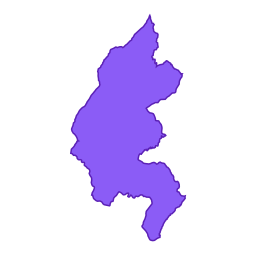 outline of Santa María, Boyacá, Colombia
{"feature_id": "7082276B96191946256227", "entity_name": "Santa María", "entity_type": "district", "adm_level": 2, "iso_a3": "COL", "parent_name": "Colombia", "parent_adm1": "Boyacá", "projection": "robinson", "projection_center": [-73.238, 4.825], "detail": "fine", "context": "isolated", "style": "filled", "palette": "violet", "viewbox_px": 256, "rotation_deg": 0, "n_neighbors": 0, "source": "geoboundaries", "source_scale": "gbopen_adm2", "svg_char_len": 5845}
<svg xmlns="http://www.w3.org/2000/svg" viewBox="0 0 256 256"><path d="M70.8,153.3L71.9,153.6L72.4,153.9L73.5,155.3L75.1,155.3L75.6,155.5L77.0,156.9L77.1,158.1L77.5,158.8L78.3,159.6L79.1,159.8L80.5,159.7L81.3,160.0L81.6,160.3L81.5,161.8L81.9,162.2L82.3,162.4L83.7,162.3L84.3,162.5L84.5,163.4L84.3,165.0L84.4,165.4L86.4,166.9L87.2,168.0L89.0,169.1L89.5,169.8L89.8,170.9L89.8,171.7L89.2,173.4L89.8,175.0L91.5,177.7L91.6,178.3L91.7,180.1L91.3,182.6L91.8,184.4L92.2,185.3L92.7,186.0L94.0,186.6L94.4,187.3L94.2,188.8L93.3,191.0L92.3,192.6L91.7,195.1L92.6,195.3L93.5,198.2L94.0,198.9L96.2,200.7L97.5,201.2L99.7,201.0L100.6,201.3L101.4,201.7L102.1,202.3L103.0,203.8L104.2,204.7L109.5,205.8L109.9,205.5L110.2,203.7L110.8,202.2L111.6,201.5L112.8,201.4L113.1,201.1L113.7,198.1L115.1,196.5L116.4,195.5L118.1,192.8L119.0,191.8L119.3,191.8L121.2,192.8L123.3,194.8L124.9,194.7L126.9,193.3L128.2,193.1L128.6,193.9L127.8,196.4L128.6,197.0L129.4,196.9L130.8,195.1L131.5,195.5L132.9,197.5L133.6,197.9L134.6,197.9L135.0,197.3L135.4,196.4L136.4,196.2L137.8,196.6L138.7,196.3L139.7,195.4L140.9,194.8L142.7,195.2L143.4,196.3L143.7,196.5L144.7,196.3L146.6,197.1L149.2,197.2L149.8,197.4L151.5,199.8L152.1,203.0L152.0,203.8L146.3,211.3L145.9,213.8L146.1,215.1L145.1,218.6L143.4,222.2L143.1,224.4L142.0,226.0L142.0,226.4L142.4,227.3L145.7,230.8L147.3,233.3L147.7,234.2L148.0,235.9L149.5,239.0L150.2,239.9L151.2,240.3L152.7,240.6L154.2,240.4L155.2,239.9L156.5,238.9L157.4,238.3L159.3,237.5L159.9,237.4L160.1,235.3L159.4,235.3L159.3,233.7L160.1,232.6L160.1,231.9L160.7,230.5L160.9,229.4L161.6,228.6L162.0,227.0L162.9,225.6L163.3,224.1L165.0,221.1L165.6,220.6L166.1,219.5L167.1,219.1L167.2,218.4L167.8,217.8L168.0,217.3L168.3,217.1L169.2,215.7L170.4,215.1L170.4,214.2L172.0,213.7L174.5,211.3L175.2,210.1L175.3,208.8L175.9,208.1L177.9,207.1L179.1,206.8L180.2,205.7L180.3,205.0L180.8,205.1L181.0,204.9L182.1,202.0L183.7,200.3L184.7,198.9L185.1,198.6L185.0,196.7L185.2,195.9L184.2,196.2L181.7,195.8L181.2,195.5L180.6,195.0L178.9,192.0L177.5,191.7L177.1,191.3L177.1,190.0L177.4,189.1L177.8,188.6L178.9,187.9L179.3,186.7L179.2,184.6L178.4,182.2L177.3,181.4L176.0,181.7L175.3,181.5L174.7,181.0L174.1,180.1L173.6,178.5L173.7,177.0L172.9,175.3L171.8,174.6L171.1,172.9L170.5,172.0L169.9,170.1L169.1,168.9L167.9,167.5L166.4,166.7L166.2,166.0L165.0,164.5L164.6,163.7L163.8,163.3L162.3,163.1L161.1,162.7L160.1,162.1L158.9,162.6L157.7,163.8L156.5,164.1L155.7,163.2L154.3,162.5L153.3,162.5L151.9,162.9L150.7,163.5L148.9,164.0L144.8,163.5L143.4,163.2L142.0,161.8L138.6,160.0L138.2,159.6L138.1,158.9L138.8,155.5L139.7,154.0L140.4,153.9L141.1,154.3L141.4,154.2L141.6,153.5L142.0,153.3L143.0,152.0L144.0,151.0L144.5,149.9L145.3,150.1L145.5,150.0L146.1,149.4L146.5,149.8L146.9,150.6L147.4,150.6L147.6,149.8L148.2,149.7L148.3,148.7L148.6,148.5L149.1,148.8L149.6,148.1L150.1,148.1L150.3,147.6L150.9,148.6L151.2,148.5L151.2,147.9L151.6,147.7L152.1,147.3L152.5,147.4L152.8,148.1L153.3,147.8L154.0,148.0L155.3,147.3L155.4,146.3L155.8,145.7L157.7,146.0L158.1,145.1L158.3,143.1L159.5,141.8L159.5,140.2L160.0,138.7L161.0,138.4L161.6,137.7L161.6,136.9L161.4,136.3L161.5,136.0L162.0,136.2L162.5,137.0L163.1,137.1L163.7,137.0L164.3,136.2L165.4,135.9L165.8,135.4L164.8,134.4L162.9,134.0L161.9,133.3L161.6,132.0L162.0,128.0L161.7,126.2L161.1,124.5L159.4,122.3L158.9,121.1L158.6,120.9L156.2,120.7L155.6,120.4L155.3,118.4L154.9,117.2L154.1,115.1L153.3,113.8L151.9,113.2L149.6,112.8L147.5,110.7L147.0,109.5L146.2,108.3L146.9,107.6L148.8,106.5L151.7,104.3L153.8,103.4L155.2,102.6L157.9,102.6L159.7,100.2L160.8,99.5L165.2,99.3L167.3,97.0L169.2,95.9L172.1,93.1L174.7,92.8L175.4,92.3L175.7,91.9L176.0,89.7L176.4,88.5L179.1,84.2L179.4,81.3L179.6,80.6L180.6,78.5L181.9,76.8L182.1,75.2L181.9,74.4L182.3,73.8L181.7,73.7L181.0,74.0L180.1,72.6L179.0,71.4L178.5,70.4L177.8,70.2L175.4,69.0L174.4,68.9L174.0,68.2L173.4,67.7L173.1,67.2L172.6,66.6L172.0,65.0L171.8,64.7L170.8,64.5L170.9,63.7L170.5,63.2L168.7,62.2L167.7,61.3L167.0,60.9L166.3,60.8L165.6,61.8L164.2,62.5L163.9,62.9L163.7,63.5L163.3,63.9L162.0,64.4L160.0,64.7L157.3,65.8L156.5,66.5L156.7,65.1L156.5,64.4L156.7,63.2L156.6,62.9L156.4,62.8L155.6,63.6L155.4,63.6L155.0,63.3L154.8,62.7L155.1,60.7L155.0,59.4L154.4,59.3L152.9,59.7L152.7,59.5L152.6,59.1L152.9,58.3L152.6,57.9L152.1,57.6L151.9,56.5L152.3,55.9L153.1,55.5L153.4,53.0L153.8,52.1L154.1,50.3L154.9,49.8L156.1,49.7L156.3,49.6L157.1,47.8L157.9,47.4L158.1,47.0L157.7,44.7L157.6,42.9L156.5,42.1L156.3,41.5L156.6,40.5L156.7,38.8L157.7,37.4L158.0,34.7L157.5,33.5L155.6,32.9L154.2,31.8L153.6,30.9L153.6,30.2L153.4,28.8L153.1,28.3L153.1,27.4L153.4,25.6L153.7,25.4L154.1,24.7L153.5,24.2L153.5,23.5L152.1,23.2L151.8,22.9L151.8,22.3L150.5,18.9L150.4,17.1L149.8,15.4L149.5,15.9L148.8,18.1L146.8,21.2L146.5,22.6L145.5,23.7L143.4,26.7L141.0,28.6L135.4,33.8L134.6,34.4L133.3,37.1L132.5,37.8L131.8,38.8L131.7,39.8L131.2,40.3L130.1,40.9L127.0,44.2L125.5,45.2L123.8,47.0L122.8,47.6L122.1,47.0L121.3,46.7L119.7,46.8L117.2,47.6L116.2,47.1L115.6,47.1L113.6,48.3L110.8,49.5L110.2,50.5L109.8,52.6L109.1,53.5L108.5,53.9L108.4,55.0L107.8,56.3L107.2,56.9L106.8,57.0L106.3,57.5L105.7,58.7L105.3,58.8L104.8,59.4L103.9,60.1L103.8,61.3L102.8,62.7L102.6,63.9L101.0,65.8L100.6,67.3L98.3,68.9L97.7,71.7L98.3,72.9L98.1,74.0L98.2,74.5L98.1,75.9L98.5,78.6L98.6,80.5L99.2,81.0L99.5,81.8L99.6,83.5L99.9,84.6L99.5,85.8L99.2,86.4L96.0,89.5L94.8,91.2L94.3,91.6L94.1,92.1L91.2,95.4L89.5,98.7L86.9,102.3L86.8,103.0L86.2,103.8L85.3,105.6L84.1,106.7L83.0,107.2L82.0,107.9L80.2,109.7L79.3,110.9L77.8,113.8L76.5,115.5L75.5,118.6L75.1,119.1L74.9,119.6L74.9,121.3L74.7,121.8L73.5,123.0L73.0,125.5L71.7,128.6L71.6,129.3L72.0,131.0L73.5,133.5L74.4,133.9L76.2,136.3L77.1,138.1L77.8,140.6L78.3,140.9L77.1,141.2L76.9,141.5L76.7,142.4L75.4,144.0L74.8,144.9L74.8,145.3L73.6,147.0L71.4,149.2L70.8,153.3Z" fill="#8b5cf6" stroke="#5b21b6" stroke-width="1.5"/></svg>